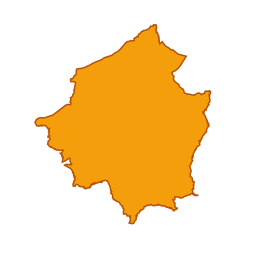 Mafeteng, Mafeteng, Lesotho (Albers equal-area conic projection), rotated 76°
{"feature_id": "5366337B69820143482286", "entity_name": "Mafeteng", "entity_type": "district", "adm_level": 2, "iso_a3": "LSO", "parent_name": "Lesotho", "parent_adm1": "Mafeteng", "projection": "albers", "projection_center": [27.27, -29.817], "detail": "fine", "context": "isolated", "style": "filled", "palette": "amber", "viewbox_px": 256, "rotation_deg": 76, "n_neighbors": 0, "source": "geoboundaries", "source_scale": "gbopen_adm2", "svg_char_len": 5838}
<svg xmlns="http://www.w3.org/2000/svg" viewBox="0 0 256 256"><g transform="rotate(76 128 128)"><path d="M113.2,39.1L111.5,39.8L111.5,40.2L112.1,40.9L111.1,43.1L111.0,44.0L111.1,44.3L113.0,45.4L112.7,46.4L113.4,48.8L112.3,49.3L111.3,50.4L111.1,52.4L111.8,54.3L111.7,55.3L112.2,56.2L109.6,61.3L109.4,62.5L107.9,64.4L107.1,64.9L103.9,65.0L101.0,67.7L99.4,68.2L98.2,68.1L94.5,71.2L91.5,72.2L89.2,70.9L86.3,72.1L84.6,71.8L83.8,68.3L82.3,65.0L79.9,61.8L72.5,54.1L68.4,61.6L63.3,65.3L62.3,67.5L60.1,69.1L57.8,71.6L52.5,74.0L54.1,76.8L52.2,76.9L50.8,76.5L50.2,76.8L49.5,76.5L49.2,76.1L48.7,76.5L47.7,76.5L47.4,76.1L46.9,76.3L46.3,75.8L45.7,76.2L43.3,76.3L43.2,76.7L42.2,77.5L41.9,77.4L41.9,76.9L40.8,77.3L40.6,76.8L39.0,77.4L38.6,76.5L37.7,75.9L37.1,76.1L35.3,75.8L34.5,76.0L34.4,77.9L34.1,78.3L35.2,78.8L34.9,79.3L35.2,80.1L34.7,81.4L36.1,82.9L37.1,85.1L37.4,87.0L37.2,89.4L37.7,90.0L37.6,91.3L39.2,93.4L39.5,94.9L41.0,95.8L41.4,96.6L41.8,96.6L41.4,97.3L42.2,98.4L42.0,99.2L42.4,99.3L42.8,100.6L44.4,100.7L44.9,101.5L43.8,104.2L44.3,106.7L44.0,107.5L44.4,109.0L50.3,117.4L51.5,120.0L51.9,122.4L53.6,126.2L54.1,134.1L54.9,135.9L55.6,138.7L55.9,142.2L57.0,147.8L57.5,148.8L58.4,153.9L58.7,154.6L58.9,158.7L58.4,162.5L58.6,163.8L63.7,165.5L64.2,167.4L66.1,169.1L66.8,170.1L66.5,171.1L66.7,172.0L68.6,172.3L69.3,172.1L69.9,169.4L71.0,168.1L71.8,168.0L75.4,169.9L77.2,170.4L78.4,171.6L79.4,171.1L81.0,171.8L81.8,173.1L83.4,173.9L84.3,175.2L84.9,176.7L86.0,176.1L87.2,177.2L88.2,177.2L88.8,178.0L89.9,177.3L91.5,178.1L90.6,180.5L90.8,182.9L97.1,197.3L97.3,198.7L97.9,206.1L97.8,207.4L96.8,210.3L96.9,212.9L97.9,215.1L100.0,216.9L103.7,216.0L104.4,214.4L104.2,214.3L104.3,213.5L104.8,213.0L104.3,211.6L105.2,211.1L104.8,210.3L105.2,209.9L105.0,209.6L105.5,207.9L107.0,206.7L108.6,206.2L108.9,205.7L109.7,205.7L110.3,205.2L110.1,204.8L110.9,205.3L111.6,205.2L111.8,205.8L112.5,205.3L114.0,206.3L116.5,205.9L116.5,207.5L117.4,207.9L117.9,206.9L119.7,206.2L120.6,206.8L121.2,208.4L121.8,208.4L122.0,208.8L124.2,209.9L126.7,208.7L127.8,207.9L128.1,207.1L127.9,206.9L128.5,206.7L130.5,204.1L131.0,204.3L131.2,203.1L131.8,203.0L132.4,201.8L132.7,200.3L133.4,199.3L133.5,197.0L133.9,196.3L135.4,197.6L136.2,198.9L136.1,199.8L137.4,199.3L138.0,198.4L139.0,199.0L140.3,198.8L140.3,198.0L145.2,200.0L144.8,197.2L143.0,192.3L143.3,191.7L146.1,192.2L147.7,192.2L149.6,191.4L150.0,191.7L149.4,192.8L149.5,193.5L148.9,194.7L148.4,196.9L148.3,197.6L148.8,198.5L153.3,193.6L155.9,192.4L156.9,192.4L157.3,192.0L157.8,192.4L158.2,192.0L158.4,192.3L159.8,191.6L160.9,192.3L161.2,191.8L162.3,192.2L162.6,191.2L164.1,192.1L165.5,191.8L166.6,193.5L168.6,194.2L169.0,195.0L170.2,194.9L171.0,195.3L171.7,193.3L170.8,192.8L170.3,191.8L170.9,190.4L172.4,189.4L172.9,189.4L172.9,188.7L173.8,187.5L174.1,185.2L174.9,185.4L175.3,184.5L176.1,184.9L176.8,183.4L176.4,182.3L176.5,180.5L176.8,179.9L176.0,179.5L176.3,178.7L175.2,178.4L174.7,177.2L174.1,177.6L173.8,177.3L173.9,176.9L173.5,176.0L174.0,175.9L173.3,175.1L173.9,174.9L173.1,174.4L173.3,173.9L173.4,174.1L174.0,173.9L173.3,172.8L174.1,172.7L173.7,170.8L173.9,169.9L173.2,168.6L173.5,168.5L174.0,167.4L174.4,167.3L174.3,166.4L174.2,166.2L173.4,166.8L173.1,166.4L173.3,162.5L174.2,161.6L174.1,161.0L175.4,160.5L181.1,159.6L185.1,159.9L185.7,159.3L187.1,160.5L188.9,159.3L189.8,159.2L191.7,159.8L193.3,159.5L193.8,158.8L194.0,159.0L194.1,158.6L195.3,157.9L198.0,154.4L200.3,153.8L201.6,152.9L202.7,152.7L202.8,152.2L204.3,152.5L205.9,151.7L208.3,152.8L210.5,153.1L210.6,151.2L211.6,150.3L213.1,150.1L214.1,146.9L215.4,147.9L218.0,147.8L220.4,149.9L221.9,147.0L221.8,145.6L221.1,144.7L220.0,144.2L218.7,142.2L216.9,141.8L216.8,141.4L215.5,141.3L215.5,140.9L215.1,141.2L215.1,140.5L214.8,140.7L213.9,140.0L213.1,138.0L211.6,136.7L211.4,135.9L211.0,136.0L210.6,135.4L210.9,134.9L210.7,134.0L210.0,132.3L209.4,131.8L208.4,131.6L208.3,129.9L208.0,129.6L208.0,128.3L207.7,128.1L207.6,127.5L208.2,126.3L207.8,124.1L208.9,123.3L209.9,120.9L209.6,119.7L210.0,118.3L209.4,117.5L209.6,117.1L210.2,116.9L210.0,116.1L211.1,115.1L212.0,113.5L212.1,112.9L211.8,112.3L212.1,111.6L212.6,111.6L213.5,110.2L214.3,109.8L214.5,108.7L215.3,107.7L215.1,107.0L216.1,106.7L215.7,106.2L216.2,105.9L216.2,105.1L217.3,104.9L218.5,104.0L219.1,104.1L219.4,103.0L218.5,101.9L218.5,100.3L217.8,99.7L217.7,100.1L216.1,101.3L214.7,101.4L212.5,100.6L211.8,100.7L211.1,101.4L208.4,101.6L209.1,100.5L208.8,100.0L207.8,99.5L206.2,99.4L207.5,94.9L208.3,94.6L208.6,94.0L208.9,92.0L208.2,90.5L208.1,88.8L207.5,85.9L207.9,83.9L206.9,82.9L207.0,82.2L209.8,79.2L210.2,78.1L210.2,76.0L209.4,78.7L207.3,80.3L206.3,80.7L204.7,80.5L203.8,80.8L202.9,80.3L202.8,79.8L203.2,79.6L203.0,78.9L199.3,78.4L199.2,77.9L198.8,78.1L196.2,76.8L195.7,77.3L195.6,78.3L192.3,77.8L191.1,78.3L189.9,79.5L186.7,78.2L185.0,77.1L179.7,77.4L178.7,75.9L177.0,75.0L175.5,73.3L175.2,73.6L173.8,73.5L172.9,73.2L172.7,72.7L172.2,72.7L172.0,73.0L170.9,72.1L171.3,71.8L168.6,70.8L166.8,68.9L165.9,68.6L165.8,68.1L164.6,67.3L164.8,67.0L163.9,66.5L162.6,65.0L162.6,64.4L161.9,62.6L161.1,62.2L160.3,62.4L159.6,61.9L158.2,62.1L158.1,61.8L158.7,61.5L158.6,61.1L157.9,61.0L157.5,61.4L157.5,60.2L156.8,59.8L156.6,59.3L155.9,59.3L155.5,58.5L154.0,57.6L153.6,56.9L153.2,56.7L153.1,56.2L151.2,54.1L150.9,53.0L149.7,52.3L149.1,52.4L147.6,51.6L146.3,50.2L146.0,49.3L144.5,48.7L144.2,49.0L144.4,49.5L144.0,49.6L143.3,48.8L142.9,48.8L142.5,49.6L141.7,49.2L141.1,49.6L140.5,49.3L140.0,49.8L138.9,49.5L138.4,49.8L135.5,50.1L135.0,50.4L134.0,50.3L133.6,50.8L132.1,50.9L131.9,51.7L131.4,51.5L131.2,50.7L130.5,51.1L130.6,50.1L128.7,48.8L129.7,48.1L129.6,47.9L127.9,47.2L126.9,45.9L125.7,45.3L125.1,43.8L123.8,44.2L122.9,43.4L122.7,42.6L120.9,41.8L119.9,41.6L119.3,41.9L117.5,41.2L116.6,41.5L116.1,40.9L115.6,41.3L115.0,41.2L115.1,40.5L114.4,39.7L113.2,39.1Z" fill="#f59e0b" stroke="#b45309" stroke-width="1.5"/></g></svg>